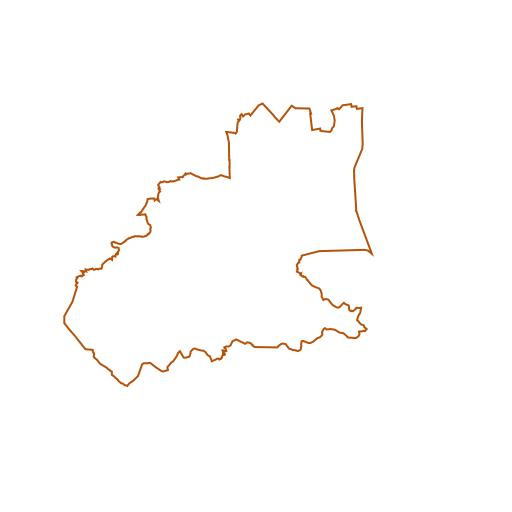 outline of Libres, Puebla, Mexico, rotated 306°
{"feature_id": "50627088B27684829351077", "entity_name": "Libres", "entity_type": "district", "adm_level": 2, "iso_a3": "MEX", "parent_name": "Mexico", "parent_adm1": "Puebla", "projection": "albers", "projection_center": [-97.691, 19.454], "detail": "fine", "context": "isolated", "style": "outline", "palette": "amber", "viewbox_px": 512, "rotation_deg": 306, "n_neighbors": 0, "source": "geoboundaries", "source_scale": "gbopen_adm2", "svg_char_len": 6133}
<svg xmlns="http://www.w3.org/2000/svg" viewBox="0 0 512 512"><g transform="rotate(306 256 256)"><path d="M330.6,168.4L317.9,177.9L318.1,178.2L312.4,182.4L312.3,182.2L303.6,189.0L303.0,186.3L301.7,183.4L300.9,180.3L299.6,179.3L298.3,178.9L298.0,178.5L294.2,175.6L289.6,170.8L288.4,169.2L288.1,168.1L287.8,168.2L286.6,165.7L286.5,163.9L286.1,163.0L286.3,162.4L285.7,161.5L285.2,159.6L285.2,157.9L284.8,157.3L284.7,154.6L284.4,154.2L283.6,153.7L281.8,151.5L280.8,151.5L280.7,151.1L281.0,150.5L279.2,150.6L278.3,150.1L276.7,150.4L276.2,149.5L273.9,146.9L272.7,149.0L272.2,148.4L268.0,145.6L267.2,144.2L266.5,143.8L266.2,142.6L265.1,142.3L263.3,140.6L262.8,138.6L261.8,137.3L260.7,137.0L259.9,135.9L259.8,135.3L256.1,135.0L255.8,135.3L254.9,137.5L254.1,137.3L253.7,138.7L253.0,138.0L251.8,140.5L250.5,140.1L249.9,140.2L248.0,140.9L247.5,141.4L245.8,141.9L245.4,142.7L244.2,143.8L243.7,143.8L243.9,144.3L243.4,145.0L243.4,143.6L244.0,143.1L243.7,142.4L242.7,141.6L241.4,141.4L242.7,139.8L240.0,136.4L238.3,134.9L235.7,136.2L234.0,136.3L233.6,136.7L232.0,136.9L223.7,137.2L223.3,136.8L219.8,136.2L220.8,137.9L221.9,138.7L223.4,140.7L224.7,142.0L223.8,143.1L223.4,144.3L222.3,145.2L221.8,145.3L219.2,148.8L218.6,150.2L218.9,151.9L217.3,154.3L215.5,154.5L215.0,155.5L213.5,156.4L212.0,156.2L211.2,156.5L210.8,156.0L210.3,155.9L210.0,155.5L208.9,155.9L207.8,155.4L207.3,154.7L205.9,154.0L204.5,152.6L204.2,151.2L203.4,150.4L202.8,148.9L202.0,148.5L201.4,147.0L200.4,146.0L199.5,145.8L198.9,144.8L196.4,143.5L195.8,142.8L194.0,142.2L193.2,141.6L192.0,141.7L191.4,141.3L190.2,141.3L189.4,140.8L188.4,140.7L186.3,139.6L185.9,139.2L185.1,137.3L184.6,135.1L184.0,134.3L184.0,132.7L182.7,131.7L181.6,131.4L181.3,131.7L180.6,132.9L179.7,133.6L179.4,135.0L179.8,136.9L181.3,138.6L181.7,140.2L180.1,141.8L178.7,141.9L176.2,143.2L175.7,142.9L175.6,142.3L176.2,141.7L174.8,141.6L172.9,142.6L172.8,141.8L171.4,140.2L170.6,140.2L170.0,140.8L168.3,141.8L168.2,139.3L167.4,139.2L166.8,138.6L162.2,137.3L158.7,136.7L156.6,137.9L154.8,138.4L153.9,136.9L152.3,136.2L152.2,135.1L151.4,134.0L149.6,133.3L149.7,131.0L148.8,130.7L148.5,130.0L147.3,129.0L146.7,129.0L145.3,126.9L145.0,126.1L143.8,127.6L143.7,126.9L143.3,126.5L142.2,126.6L142.0,124.7L141.2,123.6L140.8,125.9L139.8,126.4L139.5,127.9L137.6,127.1L137.8,126.9L137.1,126.0L136.7,126.0L136.7,125.5L136.3,125.1L133.5,123.5L133.4,124.3L131.4,124.3L129.7,125.1L129.1,126.1L129.6,126.9L129.5,127.4L126.8,127.3L126.1,127.6L126.0,129.3L124.7,129.8L111.0,134.4L94.6,136.3L89.0,140.4L86.9,147.7L84.9,156.5L80.3,172.8L84.1,179.1L82.5,180.3L82.4,181.5L81.7,182.1L81.6,182.7L78.9,184.0L78.4,189.4L77.5,191.7L77.2,193.4L77.8,199.9L77.8,201.9L77.5,202.8L77.8,204.8L77.3,205.9L77.8,207.2L75.1,209.3L75.2,212.5L74.7,214.1L74.8,215.8L74.1,218.5L73.8,221.6L74.5,223.2L74.3,225.7L75.0,227.1L75.1,228.2L78.6,228.4L82.2,229.8L89.5,231.1L101.6,227.5L103.3,228.3L104.8,230.4L107.3,233.1L107.1,241.3L107.4,247.4L107.8,248.6L111.9,251.8L113.8,249.8L114.6,249.6L116.8,250.0L119.3,249.9L122.1,250.9L127.8,250.8L129.7,250.5L131.2,249.9L134.3,250.4L131.3,257.0L131.7,258.0L132.4,258.8L135.4,261.2L135.9,261.2L139.0,260.1L139.7,259.5L140.7,259.3L144.1,259.9L145.3,261.1L145.7,262.9L147.5,267.6L148.5,269.1L148.6,271.3L147.3,275.5L147.8,277.6L144.9,282.1L148.2,284.1L150.1,284.9L151.1,286.3L150.7,287.2L152.7,288.3L153.6,288.2L153.7,287.8L156.7,287.3L157.1,287.0L156.9,288.1L157.6,288.7L158.0,288.8L158.3,288.5L159.9,284.3L160.2,284.4L161.1,287.6L161.7,287.9L162.9,286.2L163.2,284.4L163.4,284.1L165.5,285.3L166.1,286.4L166.8,287.1L168.6,287.9L173.2,287.1L176.9,289.1L178.6,298.9L181.0,299.6L182.3,302.7L181.9,304.7L182.2,305.4L181.6,305.9L181.4,306.9L181.7,308.7L194.6,327.0L195.9,327.0L199.1,327.8L200.9,329.1L202.2,331.7L200.6,336.7L200.6,337.6L201.4,339.9L201.5,341.1L202.3,342.1L203.8,345.9L206.1,347.0L206.9,347.0L210.6,345.1L211.1,344.3L214.0,343.0L214.9,344.1L215.3,345.1L216.5,349.9L217.6,351.1L220.2,352.6L225.8,354.0L227.7,355.4L230.1,355.9L231.6,355.8L233.0,354.3L233.8,354.0L236.9,353.7L237.8,353.9L238.2,354.5L238.1,356.3L240.0,358.6L240.9,359.1L241.3,360.5L242.3,362.1L242.8,364.0L243.1,368.3L243.6,369.7L244.4,370.9L244.9,372.0L244.7,375.9L244.2,377.2L244.3,378.3L244.5,379.1L246.4,381.8L246.8,383.1L248.3,385.0L250.8,386.0L252.7,386.0L253.7,385.6L255.4,383.7L257.7,386.4L258.9,387.2L259.2,388.2L261.9,388.5L262.1,385.4L262.6,385.0L263.2,383.8L262.5,381.5L262.7,379.1L263.3,377.8L263.5,375.5L267.2,374.1L271.2,373.7L275.9,371.5L274.5,369.9L273.4,367.9L272.8,367.6L271.9,367.9L271.4,367.5L270.4,367.5L268.3,366.8L267.8,365.6L267.3,365.3L267.6,365.0L267.2,364.6L267.1,363.6L267.4,362.8L268.2,361.9L269.5,361.4L270.4,360.0L270.4,359.1L269.6,357.0L269.8,354.7L268.6,354.3L263.9,353.7L262.5,352.9L262.1,352.1L261.7,350.9L261.4,346.8L262.5,342.4L263.2,340.8L263.1,340.0L262.7,338.6L261.6,337.2L260.0,336.4L261.7,332.9L263.8,331.6L266.2,328.5L266.6,327.3L266.8,325.8L265.7,322.3L265.1,318.4L266.3,313.1L266.9,312.2L266.6,311.6L267.9,308.5L267.9,307.7L267.2,307.1L267.4,306.2L266.9,306.0L266.7,303.5L268.3,302.8L267.5,302.5L267.9,302.2L267.7,301.8L268.1,301.2L267.3,298.9L267.5,298.2L268.2,298.2L269.3,297.3L270.0,297.5L270.1,296.8L271.4,296.0L271.5,295.4L272.7,294.3L275.2,294.2L276.2,294.8L276.6,294.3L278.5,293.3L278.8,293.9L280.5,293.8L282.4,293.3L283.2,292.8L297.1,304.3L325.0,340.5L326.2,343.4L325.9,348.4L345.8,318.4L351.4,310.8L351.3,310.3L353.5,309.0L375.7,290.5L383.1,284.8L385.3,283.8L388.2,283.0L405.1,279.0L409.3,276.5L427.1,262.6L438.2,255.2L434.3,251.1L436.2,249.2L432.9,245.7L434.8,243.7L428.7,237.4L423.6,237.0L423.3,235.5L423.6,235.0L422.0,234.3L418.1,231.4L415.6,236.2L411.9,240.0L406.7,242.8L404.0,242.4L402.2,243.2L399.9,243.0L396.5,237.2L395.2,234.5L396.8,233.0L390.9,227.4L403.1,216.1L403.6,216.8L406.7,212.5L398.8,201.2L398.5,196.5L378.3,195.9L379.4,189.7L380.2,187.1L383.2,171.7L379.4,169.6L366.3,168.9L367.1,166.5L363.9,163.9L361.3,163.5L362.2,160.9L360.5,160.7L360.0,160.7L358.5,162.3L356.8,162.8L356.5,162.5L356.0,161.3L355.9,160.5L355.5,162.9L353.3,162.7L345.1,167.5L343.1,167.5L343.2,166.7L338.9,159.0L337.4,161.4L332.4,166.8L330.6,168.4Z" fill="none" stroke="#b45309" stroke-width="2"/></g></svg>